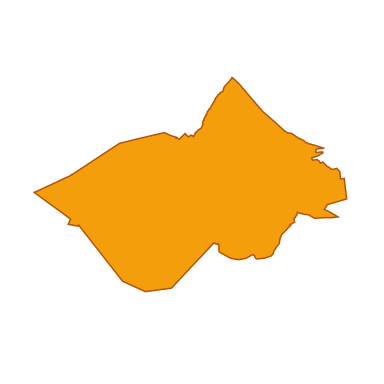 the district of Laarbeek, Noord-Brabant, Netherlands, rotated 337°
{"feature_id": "6326949B42737315583657", "entity_name": "Laarbeek", "entity_type": "district", "adm_level": 2, "iso_a3": "NLD", "parent_name": "Netherlands", "parent_adm1": "Noord-Brabant", "projection": "robinson", "projection_center": [5.634, 51.532], "detail": "fine", "context": "isolated", "style": "filled", "palette": "amber", "viewbox_px": 384, "rotation_deg": 337, "n_neighbors": 0, "source": "geoboundaries", "source_scale": "gbopen_adm2", "svg_char_len": 5835}
<svg xmlns="http://www.w3.org/2000/svg" viewBox="0 0 384 384"><g transform="rotate(337 192 192)"><path d="M331.7,258.8L337.4,238.9L335.3,238.4L334.1,237.9L333.8,237.7L335.3,233.2L336.0,231.1L335.5,229.7L335.4,229.2L334.7,227.1L334.6,226.8L334.3,226.7L332.6,226.6L330.7,226.2L329.9,225.9L329.7,225.8L329.3,225.6L329.0,225.4L328.8,224.7L328.6,224.4L328.2,223.4L327.7,222.7L326.4,221.2L326.1,220.6L326.0,220.0L325.8,219.6L325.1,217.9L324.5,216.5L324.0,215.5L321.9,215.8L321.7,215.8L321.6,215.7L321.4,215.3L321.5,214.7L321.3,213.6L320.5,212.1L319.8,211.0L319.5,210.9L316.2,210.1L315.9,209.9L315.6,209.6L315.4,209.6L315.4,208.2L315.5,208.2L315.6,207.6L315.9,207.3L316.2,207.4L316.7,207.5L317.1,207.6L318.4,207.6L318.6,207.7L319.0,207.6L321.2,207.9L323.0,207.8L323.5,207.7L323.8,207.6L324.3,207.5L325.0,207.4L327.0,207.4L327.6,207.2L328.0,206.8L328.0,206.5L327.6,206.0L321.6,204.1L321.7,203.6L321.8,202.7L322.0,202.4L322.7,201.6L322.9,201.4L323.7,201.3L324.4,201.3L324.7,201.4L326.2,201.8L327.6,202.3L329.5,203.1L330.0,203.2L330.3,203.1L329.9,202.7L329.7,202.5L329.6,202.4L329.3,202.2L329.1,202.1L328.9,201.8L328.8,201.7L328.3,201.3L326.1,199.5L325.3,198.8L324.5,198.0L323.4,197.0L322.6,196.5L321.8,195.8L321.3,195.5L321.2,195.4L320.9,195.1L320.7,194.9L319.9,194.4L319.6,194.1L319.1,193.8L318.5,193.3L318.2,193.1L317.7,192.3L317.5,192.1L317.1,191.8L316.7,191.5L316.3,191.1L316.1,190.6L315.6,189.6L314.7,187.8L314.6,187.7L314.0,187.3L313.6,186.8L313.4,186.6L313.0,185.9L312.9,185.8L312.1,185.1L311.9,185.0L311.8,184.8L311.7,184.5L311.5,184.3L311.0,183.9L310.7,183.7L310.2,182.7L310.0,182.3L309.6,181.8L309.4,181.5L309.0,180.7L308.4,179.7L308.2,179.4L308.1,179.2L307.9,178.9L307.5,178.5L307.2,178.1L307.1,177.9L306.9,177.5L306.1,176.7L305.8,176.5L305.4,176.3L304.7,176.0L304.6,175.8L304.4,175.6L303.9,175.4L303.6,175.3L303.3,175.0L302.4,173.8L301.7,172.7L301.4,172.3L301.1,172.1L299.5,168.5L297.5,164.3L296.9,162.8L293.5,155.7L292.8,154.2L291.9,152.5L291.3,151.1L288.9,146.3L288.5,145.4L284.6,133.2L282.1,125.3L279.7,117.4L279.0,115.6L278.5,113.5L278.1,112.3L277.2,109.8L276.5,108.3L274.8,104.4L274.4,104.2L274.0,103.1L274.1,102.9L274.0,102.6L273.6,102.2L272.0,103.4L271.1,103.9L263.9,107.3L262.9,107.8L262.6,108.0L261.9,108.7L259.6,111.5L258.9,111.6L258.0,111.5L257.2,111.6L256.8,111.7L256.3,111.8L256.1,112.0L255.6,112.3L255.4,112.4L254.7,112.5L254.3,112.7L253.8,112.8L253.5,113.0L253.1,113.2L252.9,113.4L252.4,113.9L251.8,114.3L250.1,115.0L249.4,116.0L248.5,117.0L248.3,117.1L247.3,117.5L246.8,117.9L246.1,118.2L245.9,118.4L245.7,118.7L245.5,119.2L245.4,119.4L245.2,119.5L244.9,119.7L243.8,119.9L243.6,120.0L242.8,120.9L242.3,121.5L242.0,121.9L240.9,122.3L240.2,122.3L240.0,122.5L239.7,123.1L239.0,123.5L238.0,123.7L237.7,123.9L237.3,124.2L237.2,124.4L236.7,125.3L236.5,125.9L235.9,126.2L235.1,126.4L234.9,126.5L234.2,127.2L234.1,127.4L234.0,127.8L233.8,127.9L233.7,127.9L233.0,128.1L232.8,128.2L232.3,128.9L232.2,129.0L231.7,129.2L231.6,129.3L231.5,129.5L231.4,130.2L231.3,130.3L231.2,130.5L230.2,130.9L230.0,131.0L229.6,131.4L229.5,131.7L229.2,132.1L228.9,132.3L228.7,132.7L228.7,133.0L228.4,133.4L228.5,133.5L228.7,133.8L228.1,134.4L227.6,134.7L227.0,135.5L225.8,136.7L225.5,136.8L224.6,136.8L223.7,137.1L223.3,137.2L222.8,137.2L222.7,137.2L221.7,137.5L221.1,137.9L220.0,138.3L219.8,138.4L219.2,138.5L218.5,138.5L218.4,138.6L218.4,138.8L218.3,139.0L218.0,139.1L217.6,139.4L217.5,139.7L217.4,140.1L217.2,140.2L217.1,140.3L216.0,140.6L215.9,140.9L215.5,141.2L215.5,141.4L215.3,141.6L215.1,141.7L214.1,140.0L213.8,139.9L213.4,139.4L213.3,139.2L211.1,139.8L210.4,139.9L210.2,139.2L209.9,139.2L209.4,138.0L209.1,137.3L208.4,135.4L206.5,136.3L202.0,137.9L200.9,138.4L199.6,137.0L198.4,135.9L199.2,135.7L195.0,132.2L194.7,132.0L191.4,128.5L189.6,126.5L186.4,125.9L185.4,125.8L182.3,125.3L182.3,125.2L161.8,121.7L144.1,118.9L96.1,127.7L94.4,128.0L88.9,129.0L88.9,128.9L85.3,129.5L80.0,129.6L69.3,130.0L60.6,130.3L55.9,130.5L50.1,130.7L46.6,130.7L55.1,145.1L65.5,162.4L65.5,162.5L69.6,169.4L66.7,172.3L66.7,172.2L65.4,173.4L73.8,178.9L74.7,178.1L89.9,234.6L91.9,242.0L92.2,243.1L93.2,247.0L106.3,261.3L110.2,265.5L135.6,272.5L141.7,269.7L173.3,255.7L173.6,255.7L190.4,248.2L192.2,247.4L193.3,248.6L193.9,249.3L194.2,249.4L194.6,249.8L195.2,250.4L195.4,250.4L195.6,250.2L195.6,250.3L196.2,250.8L193.8,256.7L193.7,257.1L193.7,257.5L193.9,258.2L194.1,258.4L198.2,263.8L201.6,268.0L202.0,268.4L202.5,268.8L207.9,272.1L208.2,272.3L208.7,272.5L209.0,272.7L209.4,272.8L215.3,274.0L215.7,274.1L216.3,274.1L222.2,273.4L222.5,273.4L223.2,273.5L223.7,273.8L224.0,274.0L224.5,274.6L224.6,275.0L224.6,275.5L224.5,276.9L224.5,277.2L224.7,277.7L224.8,278.2L225.0,278.5L225.4,278.8L225.6,279.0L226.0,279.2L226.7,279.5L229.2,280.1L230.2,280.4L231.3,280.8L232.7,281.2L232.9,281.3L233.4,281.3L240.1,281.8L240.2,281.7L242.3,280.7L242.6,280.5L243.2,279.6L243.7,279.1L244.0,278.8L244.6,278.3L248.4,275.6L248.8,275.4L250.7,274.4L251.4,273.9L251.9,273.7L252.1,273.6L252.2,273.4L254.6,269.8L255.0,269.0L255.2,268.8L257.8,266.5L258.9,265.7L259.1,265.6L259.6,265.5L260.8,265.2L261.8,264.6L262.0,264.5L262.3,264.4L263.9,263.8L266.7,262.4L267.7,261.9L267.8,261.9L268.1,262.0L268.3,261.9L268.7,261.8L269.4,261.5L269.8,261.3L269.9,261.1L269.5,260.6L269.4,260.5L269.6,260.4L274.8,259.8L274.9,258.1L275.1,257.5L275.2,257.3L275.3,257.0L275.9,256.0L276.1,255.9L276.9,256.0L277.0,256.0L277.1,255.9L277.3,255.8L277.4,255.6L277.4,255.4L277.6,255.2L277.9,255.0L279.0,254.5L279.8,253.8L280.0,253.5L280.1,253.4L280.5,252.4L280.6,252.1L280.9,252.1L281.1,252.0L286.4,256.3L287.3,256.8L289.6,258.1L290.2,258.5L290.8,259.1L294.1,263.5L294.8,264.1L295.7,264.5L304.2,267.5L309.4,269.7L310.0,270.0L316.7,272.0L315.4,270.3L313.9,268.2L312.9,266.9L311.5,265.0L310.1,263.2L306.9,259.6L312.1,256.4L312.5,256.5L314.5,256.8L331.7,258.8Z" fill="#f59e0b" stroke="#b45309" stroke-width="1.5"/></g></svg>